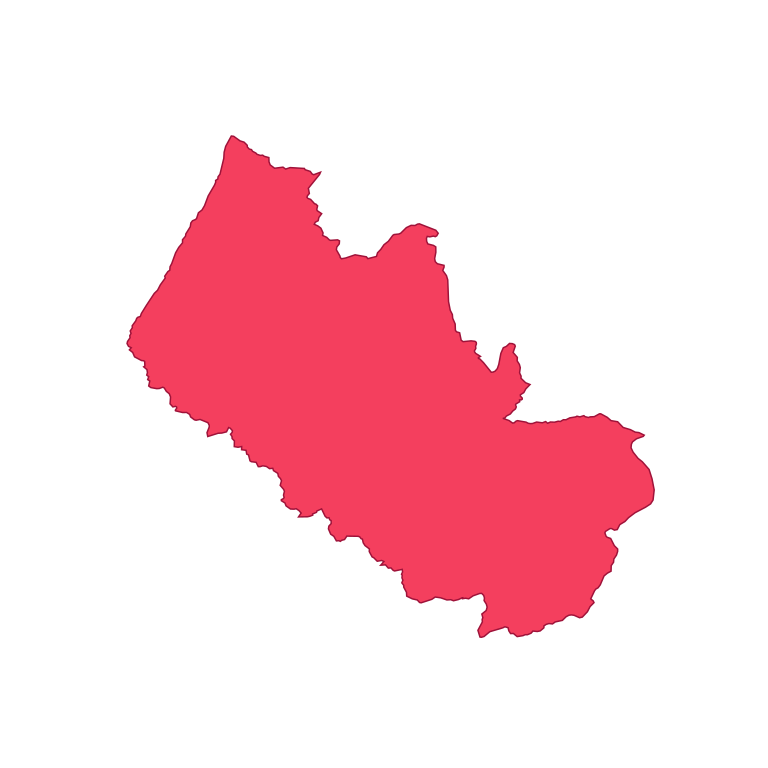 outline of San Rafael, Antioquia, Colombia, rotated 253°
{"feature_id": "7082276B22021388124839", "entity_name": "San Rafael", "entity_type": "district", "adm_level": 2, "iso_a3": "COL", "parent_name": "Colombia", "parent_adm1": "Antioquia", "projection": "equal_earth", "projection_center": [-75.014, 6.308], "detail": "fine", "context": "isolated", "style": "filled", "palette": "rose", "viewbox_px": 768, "rotation_deg": 253, "n_neighbors": 0, "source": "geoboundaries", "source_scale": "gbopen_adm2", "svg_char_len": 6171}
<svg xmlns="http://www.w3.org/2000/svg" viewBox="0 0 768 768"><g transform="rotate(253 384 384)"><path d="M665.8,310.5L657.6,302.1L652.4,298.9L646.7,296.8L632.6,288.5L630.7,285.9L628.6,285.0L627.9,282.5L626.1,282.0L623.7,280.0L615.3,270.9L607.0,264.5L603.6,260.8L602.0,256.6L597.0,253.1L596.4,251.6L596.1,248.6L594.5,246.4L591.0,244.7L585.5,238.4L583.4,237.4L580.9,233.5L577.9,232.6L574.7,227.7L570.4,223.1L561.2,216.2L558.7,213.7L555.4,212.4L554.7,210.2L551.2,205.8L549.3,205.8L544.3,199.2L539.9,194.9L537.8,190.8L528.7,179.8L522.4,172.6L519.8,170.7L519.8,168.1L519.1,166.7L517.0,165.1L513.3,160.2L511.4,159.8L508.9,156.8L506.4,156.9L504.5,155.0L502.5,154.7L499.7,151.2L497.8,150.1L494.7,150.7L492.6,152.9L491.1,150.5L487.6,152.9L482.9,153.4L477.3,159.0L476.5,161.0L475.5,161.7L471.1,160.6L470.7,159.2L467.1,161.5L464.0,161.1L461.9,159.7L459.8,161.1L457.3,159.3L455.4,160.9L450.9,158.4L448.8,159.9L446.0,165.3L445.4,167.8L445.6,171.5L444.5,172.7L440.6,173.7L437.5,175.8L434.0,176.1L427.6,173.6L423.8,175.4L423.6,178.0L422.8,178.9L421.6,178.8L420.0,176.8L419.3,176.8L415.6,183.1L414.5,186.9L411.7,189.3L409.1,189.4L405.2,192.2L404.3,193.7L403.9,197.7L398.5,204.3L395.7,204.8L394.0,204.3L389.2,200.5L385.3,200.1L385.4,211.0L384.5,214.6L384.3,219.4L387.8,222.7L386.7,224.0L383.6,225.4L382.1,224.6L380.8,222.5L378.3,223.3L376.2,222.8L373.4,224.3L367.9,222.5L366.2,225.9L365.8,229.6L362.8,228.6L360.9,232.7L357.1,232.2L355.8,233.7L349.7,233.4L348.5,234.4L346.5,238.8L341.7,239.6L341.2,241.2L341.2,244.2L339.5,247.5L336.5,249.8L335.9,253.0L333.5,253.0L329.6,256.3L326.5,256.0L323.9,257.3L321.5,257.7L317.4,255.1L312.6,257.2L310.5,257.4L307.1,255.4L304.6,255.3L303.8,254.2L303.4,252.0L302.4,251.7L299.2,254.5L296.1,254.7L291.8,258.0L290.6,261.4L290.4,263.6L287.8,265.7L284.8,267.0L281.9,263.4L279.4,272.1L279.2,274.5L279.4,277.5L280.6,277.7L281.0,281.9L282.2,282.7L282.8,287.8L274.8,289.0L272.6,290.3L272.2,292.3L270.0,292.4L268.9,293.5L266.0,292.7L264.2,289.7L261.7,288.5L256.0,289.1L253.0,291.5L247.9,292.6L247.3,295.2L246.3,296.2L246.9,297.9L246.8,300.8L249.4,304.0L245.9,314.8L244.9,316.1L242.7,316.9L242.0,318.0L238.2,317.7L235.0,318.6L230.6,321.8L228.0,320.9L222.1,322.1L220.9,323.4L216.5,325.7L215.9,330.2L214.3,332.0L211.7,327.9L210.6,332.6L206.7,334.3L206.1,336.9L203.1,338.3L202.1,339.5L201.4,347.2L198.8,346.8L196.9,345.1L195.8,345.5L193.4,344.5L190.9,344.7L188.6,342.9L185.8,344.0L183.9,343.5L178.2,344.6L174.5,343.7L170.3,348.2L167.7,352.7L164.7,354.1L163.9,355.5L164.1,366.8L165.3,370.7L162.9,375.8L159.1,381.0L158.2,384.8L156.4,387.1L156.1,392.3L156.7,396.3L156.6,396.8L155.7,396.4L155.3,399.4L153.8,402.2L155.4,407.3L155.7,414.2L155.2,416.2L152.7,417.5L150.0,417.5L147.6,416.4L143.6,417.5L140.5,417.4L137.5,415.5L135.4,410.3L131.7,410.2L130.1,409.0L127.7,408.5L121.0,401.8L113.9,401.8L113.3,403.2L113.3,405.9L116.2,412.8L116.1,426.4L116.5,428.6L114.7,431.4L111.5,431.2L108.3,432.1L107.6,434.8L103.5,437.5L102.7,443.4L103.0,445.6L102.3,447.9L102.7,451.8L104.2,454.2L102.5,458.2L102.2,461.2L104.1,465.6L105.9,466.2L106.7,468.8L106.7,471.7L105.3,475.0L106.4,478.2L105.8,485.5L108.2,490.1L108.8,493.2L108.4,495.7L107.2,498.2L103.3,502.7L103.1,505.5L106.7,511.9L110.9,516.0L113.5,520.9L115.3,520.7L118.1,518.9L124.8,525.0L126.0,526.7L126.5,529.1L128.7,532.1L136.1,538.3L137.8,542.3L138.6,546.4L143.9,548.2L146.4,551.4L149.4,552.6L152.4,556.3L155.6,558.5L157.9,559.2L162.0,557.0L170.0,555.6L172.1,552.7L173.3,551.9L177.1,551.7L178.3,552.8L179.7,557.9L179.1,559.5L176.9,561.6L176.6,564.5L180.6,568.4L182.1,574.3L184.7,578.8L187.5,586.5L189.7,598.0L191.4,603.9L194.4,607.4L203.7,611.4L215.0,612.6L224.8,612.5L234.1,608.3L238.6,605.2L246.0,602.3L250.8,601.6L254.1,603.0L256.0,604.7L257.8,609.5L258.1,616.6L259.0,617.9L263.0,613.6L264.5,610.2L268.3,606.3L272.5,600.0L279.6,596.4L282.6,590.4L286.8,587.8L292.1,582.6L292.5,581.3L291.3,575.6L292.3,571.5L292.2,569.7L294.0,566.7L295.3,565.9L295.3,561.7L296.8,559.1L296.5,557.7L297.3,551.8L296.6,547.6L297.4,545.1L296.6,541.7L297.5,539.7L297.6,536.0L299.0,532.0L298.6,529.0L300.8,527.6L300.6,524.1L303.0,518.8L302.8,514.5L303.3,512.5L304.3,510.4L306.0,508.7L309.9,501.0L309.9,499.5L308.8,497.0L309.1,495.5L312.5,492.9L316.4,487.6L316.1,489.6L317.6,491.7L318.4,496.1L320.5,499.2L321.7,502.4L323.4,503.8L325.6,503.7L326.3,504.3L327.4,508.6L329.2,509.0L328.7,510.7L329.0,511.7L330.1,512.1L332.6,510.9L333.8,511.2L334.9,515.2L337.8,518.1L340.8,523.5L343.8,519.8L349.4,516.7L351.5,517.4L355.0,516.9L359.8,519.1L363.2,519.2L367.2,518.1L370.5,519.3L376.4,516.7L381.8,520.6L383.5,520.4L385.1,518.5L386.1,515.9L384.2,512.0L383.8,508.7L379.1,504.7L369.2,499.5L365.6,496.9L363.8,494.0L363.5,491.7L363.9,490.0L375.3,485.4L379.9,483.0L380.8,481.8L381.6,482.0L382.2,484.3L386.5,480.6L388.3,480.0L389.3,480.2L391.1,482.2L393.3,482.6L395.3,484.1L396.9,484.4L398.2,483.5L399.8,479.9L401.4,472.0L403.3,470.6L410.9,471.3L412.7,468.6L414.5,468.0L420.6,469.6L426.8,468.9L430.5,469.7L435.1,468.9L443.9,469.8L464.9,475.4L469.4,475.4L475.4,473.4L478.2,475.6L479.9,476.1L483.4,470.2L486.0,468.8L489.1,469.1L494.8,472.1L500.0,473.6L502.1,471.8L505.1,466.9L507.9,466.5L510.9,467.2L512.5,468.5L511.3,470.9L511.0,474.5L509.9,476.1L510.3,477.8L512.3,479.9L515.9,478.5L526.8,464.7L527.1,462.7L526.5,460.1L527.8,456.3L527.0,451.1L523.3,444.0L523.1,442.0L524.0,437.3L523.6,435.9L519.2,429.9L517.2,424.7L513.6,420.2L511.4,416.2L508.2,414.1L508.6,405.2L510.8,404.3L516.0,394.1L515.7,384.1L516.2,380.0L517.8,379.1L519.1,379.3L526.3,377.7L528.8,378.9L531.1,382.2L533.9,383.3L535.4,381.8L537.0,374.9L537.7,373.9L541.0,372.1L544.0,368.7L546.3,369.9L551.5,369.2L554.6,366.9L557.1,364.0L558.8,365.6L559.4,368.8L562.3,370.4L565.1,374.2L569.3,370.8L570.7,370.8L573.8,372.6L575.9,371.5L576.7,370.3L582.0,367.8L583.7,365.5L585.0,364.9L586.4,365.8L588.0,368.3L593.3,368.9L603.2,383.6L605.1,385.2L604.7,378.0L605.8,376.7L608.9,375.6L612.0,371.2L613.4,370.9L618.4,357.5L618.3,352.8L620.9,350.8L622.3,342.5L626.8,339.2L630.1,339.0L634.2,340.1L636.7,336.1L638.3,334.9L638.8,332.5L640.8,329.7L642.3,329.0L645.0,326.3L646.9,325.8L648.0,323.9L650.6,322.6L652.3,323.0L656.2,320.9L658.6,317.4L664.8,312.7L665.8,310.5Z" fill="#f43f5e" stroke="#9f1239" stroke-width="1.5"/></g></svg>